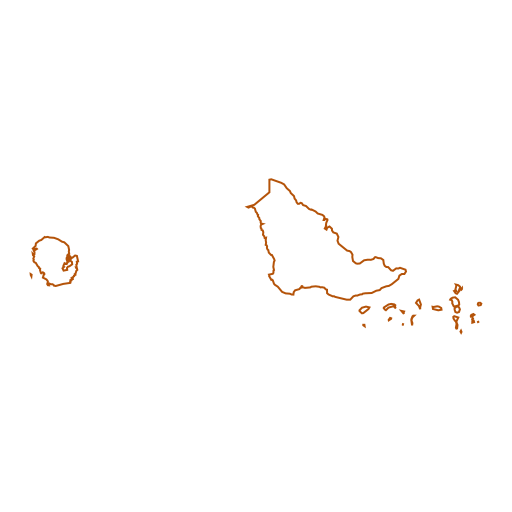 the district of Biak Numfor, Papua, Indonesia
{"feature_id": "22746128B19254678251292", "entity_name": "Biak Numfor", "entity_type": "district", "adm_level": 2, "iso_a3": "IDN", "parent_name": "Indonesia", "parent_adm1": "Papua", "projection": "albers", "projection_center": [135.909, -1.013], "detail": "fine", "context": "isolated", "style": "outline", "palette": "amber", "viewbox_px": 512, "rotation_deg": 0, "n_neighbors": 0, "source": "geoboundaries", "source_scale": "gbopen_adm2", "svg_char_len": 6010}
<svg xmlns="http://www.w3.org/2000/svg" viewBox="0 0 512 512"><path d="M247.2,206.9L248.5,207.6L250.9,206.5L251.9,206.5L252.7,207.5L253.6,207.5L254.9,208.6L255.8,211.8L256.9,212.9L257.5,214.6L258.1,214.9L257.9,216.3L259.3,218.0L259.4,219.3L260.8,221.1L260.6,222.2L261.0,223.5L262.7,223.9L261.1,224.6L260.6,226.1L260.8,228.0L261.4,228.5L261.5,229.9L262.8,230.5L263.3,232.2L263.0,234.8L264.4,236.5L264.6,238.0L265.3,238.4L266.0,238.0L265.7,240.2L266.1,242.7L265.7,244.9L266.7,245.4L267.1,246.4L266.9,247.9L267.5,249.5L268.3,250.1L268.8,252.6L271.1,255.0L271.9,255.0L274.1,259.0L274.6,260.5L273.9,262.0L273.3,266.9L274.0,270.1L273.5,270.6L273.4,272.9L272.8,273.8L269.1,274.6L269.4,275.1L269.1,276.0L271.3,279.9L271.9,279.6L272.8,280.3L274.0,283.8L274.9,284.8L277.8,286.7L282.1,291.9L285.7,293.4L289.8,293.7L291.6,294.5L293.4,294.6L293.7,292.2L295.1,290.3L299.4,289.1L300.3,287.9L302.0,287.5L301.4,286.4L301.7,286.1L302.3,286.2L302.5,287.2L305.0,287.9L310.3,287.4L311.4,286.7L315.7,286.3L319.4,286.8L320.5,287.4L322.0,287.2L324.3,287.7L325.7,289.3L327.0,289.7L327.1,293.2L328.6,294.5L332.9,296.4L333.9,296.2L335.2,296.9L346.8,299.7L350.2,299.7L353.4,296.3L355.8,295.5L357.2,295.6L360.0,294.5L362.1,294.3L363.0,293.6L363.7,293.6L364.0,294.1L363.9,293.5L365.2,293.3L371.7,293.0L376.3,290.7L379.7,290.1L381.5,288.1L386.3,286.3L388.9,285.9L391.8,284.2L398.4,278.9L399.4,275.6L401.8,274.0L404.4,274.0L406.0,271.5L405.5,269.7L400.0,267.8L398.3,268.5L396.2,268.4L393.0,270.8L391.1,270.3L388.2,267.1L386.3,267.0L384.7,265.8L383.8,263.7L383.3,260.0L380.9,258.3L378.2,258.1L375.6,257.1L374.8,257.3L373.5,259.0L370.9,259.8L367.8,259.7L364.1,260.3L359.8,263.5L357.2,263.7L355.8,263.3L353.0,261.0L352.3,257.0L352.5,254.7L351.0,252.1L349.6,251.1L347.1,250.6L338.6,243.7L337.5,240.7L338.4,237.0L336.8,233.6L333.3,232.4L332.0,230.5L331.9,228.7L329.5,226.5L327.2,227.7L326.5,229.6L324.8,228.5L326.2,225.8L325.9,225.3L326.3,222.7L327.5,220.0L327.3,219.3L325.5,218.9L324.4,220.0L323.7,220.0L324.5,217.3L324.0,216.2L322.4,214.9L317.7,213.5L315.6,211.5L311.6,209.5L311.2,209.8L309.1,209.0L306.0,206.0L303.1,205.1L301.8,203.2L300.6,202.8L299.1,203.8L297.8,203.8L296.6,202.3L296.1,200.4L294.6,198.6L294.0,196.1L290.8,193.1L289.9,191.0L286.8,188.3L284.1,184.4L281.2,182.8L271.3,179.3L269.4,179.7L269.4,192.3L254.3,204.8L247.2,206.9ZM47.8,236.9L45.2,237.3L44.7,237.0L41.3,240.0L39.2,240.7L35.9,243.4L35.6,245.9L32.8,248.6L33.5,249.4L36.6,248.6L36.9,248.9L33.8,250.8L34.5,252.1L34.4,254.3L33.5,254.7L32.8,253.9L33.0,255.2L34.2,256.4L33.3,258.7L33.8,259.6L33.4,260.8L34.3,262.2L35.8,262.9L37.8,266.3L38.9,267.1L39.1,268.1L40.2,268.6L40.0,270.0L40.9,273.0L41.2,273.3L42.8,272.3L44.0,273.1L43.8,274.0L44.9,273.4L43.7,275.0L42.9,277.6L46.4,279.4L47.6,280.9L47.9,281.8L47.2,284.0L47.9,285.2L48.8,285.3L48.3,284.1L49.3,283.5L50.9,284.3L52.3,284.2L53.5,284.8L53.9,285.6L55.7,286.0L63.3,283.9L70.2,282.9L70.4,282.4L69.3,281.7L70.3,282.0L70.2,281.2L71.2,280.6L70.7,280.0L72.3,279.2L72.0,278.7L72.6,278.8L72.3,277.8L72.9,277.8L73.1,276.9L74.1,276.2L74.0,275.6L75.4,274.8L74.9,274.0L75.5,273.6L76.4,270.7L77.3,269.9L76.9,268.1L76.1,267.9L76.0,267.6L76.4,267.7L76.6,266.7L76.3,264.7L77.1,263.8L76.8,261.7L78.1,261.4L76.9,255.9L75.1,255.5L72.4,257.7L71.8,257.7L70.6,259.3L70.3,260.7L71.9,261.9L72.2,264.3L69.4,266.3L67.9,266.7L67.0,267.9L67.2,269.9L63.6,270.6L62.5,268.3L64.0,266.9L63.3,266.5L63.4,265.4L62.9,265.2L63.7,265.2L64.5,263.3L65.2,263.8L66.3,263.3L66.1,264.0L66.7,264.0L67.6,262.3L66.6,259.3L66.6,258.0L67.3,256.8L67.3,255.3L69.2,253.4L68.8,251.7L69.1,249.9L68.3,246.1L64.3,242.3L62.0,241.7L58.2,239.3L54.0,237.8L49.5,237.5L47.8,236.9ZM458.1,299.8L455.2,297.3L452.5,297.7L450.7,298.8L450.2,299.7L451.8,300.2L452.4,301.9L452.2,303.2L453.7,306.3L455.0,306.4L458.6,305.3L459.2,304.6L459.0,302.2L458.1,299.8ZM369.4,307.4L366.0,306.6L362.0,307.7L359.5,310.3L359.5,311.0L361.9,313.3L363.3,313.1L368.5,309.0L369.4,307.4ZM391.2,303.9L388.5,304.5L384.0,307.4L383.7,308.0L384.8,309.5L385.9,310.2L388.5,307.6L393.5,306.2L395.8,308.4L395.0,307.0L395.3,305.2L394.3,304.4L391.2,303.9ZM458.1,285.1L455.9,284.6L456.4,285.5L455.2,290.3L455.9,290.2L456.4,291.1L455.8,291.3L455.2,290.6L454.1,291.0L455.6,293.2L457.0,293.8L459.2,291.1L458.9,290.5L459.5,288.9L460.1,289.3L460.5,288.9L460.0,286.6L458.1,285.1ZM437.2,306.3L433.5,307.0L432.6,306.8L433.0,309.0L438.3,310.3L441.5,309.7L441.2,308.0L438.9,306.6L437.2,306.3ZM456.6,306.6L454.6,308.3L454.6,309.6L455.4,312.0L457.1,312.7L459.0,312.0L459.9,309.3L459.0,307.3L458.2,306.7L456.6,306.6ZM420.9,304.5L419.1,299.6L417.6,300.4L416.0,302.9L418.9,306.0L420.2,309.2L420.2,307.1L420.9,304.5ZM454.2,316.2L453.3,316.9L453.5,318.5L455.0,320.8L455.8,321.2L456.5,323.6L456.9,323.7L456.4,321.5L458.3,317.5L454.2,316.2ZM478.5,305.5L480.7,305.1L481.3,303.7L480.3,302.8L478.8,302.8L478.0,303.3L477.8,304.5L478.5,305.5ZM473.4,314.0L471.3,314.9L470.8,315.9L470.9,316.7L472.5,316.8L472.8,315.8L474.4,314.8L473.4,314.0ZM68.7,259.6L68.3,258.7L67.1,259.7L67.9,261.9L68.7,261.7L69.4,260.6L69.5,259.5L68.7,259.6ZM69.9,259.2L70.8,257.3L70.1,256.3L69.3,256.3L68.5,258.6L69.9,259.2ZM457.1,328.4L457.5,325.0L457.2,324.1L456.6,323.8L455.9,327.8L456.4,328.6L457.1,328.4ZM414.2,315.7L413.2,315.7L412.5,316.3L411.4,319.1L411.3,320.1L412.1,325.4L412.4,323.1L411.5,320.6L411.9,318.6L412.6,317.2L414.2,315.7ZM404.1,311.5L401.4,310.9L403.9,313.9L403.6,312.6L404.1,311.5ZM388.8,320.3L391.1,318.8L391.2,318.3L390.1,317.9L388.7,319.8L388.8,320.3ZM474.1,322.1L473.8,321.0L472.3,321.7L472.3,322.7L474.1,322.1ZM67.1,259.3L67.9,258.6L68.5,256.6L67.2,257.6L66.8,259.1L67.1,259.3ZM364.6,326.2L364.4,324.8L363.3,324.8L363.3,325.3L364.6,326.2ZM461.0,330.7L460.5,331.6L461.1,332.7L461.5,331.9L461.0,330.7ZM31.4,276.3L31.6,274.7L30.7,274.1L30.8,275.1L31.4,276.3ZM472.3,320.0L473.0,319.0L473.2,317.8L472.1,319.2L472.3,320.0ZM460.6,290.5L461.9,289.1L461.9,288.2L460.3,290.1L461.0,289.8L460.6,290.5ZM477.8,322.2L479.1,321.4L477.2,322.3L477.8,322.2ZM402.9,325.6L402.9,324.5L403.3,323.2L402.8,324.6L402.9,325.6Z" fill="none" stroke="#b45309" stroke-width="2"/></svg>